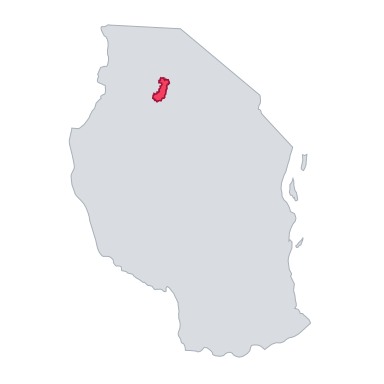 Kwimba, Mwanza, United Republic of Tanzania (highlighted), rotated 3°
{"feature_id": "72390352B45509194301574", "entity_name": "Kwimba", "entity_type": "district", "adm_level": 2, "iso_a3": "TZA", "parent_name": "United Republic of Tanzania", "parent_adm1": "Mwanza", "projection": "equal_earth", "projection_center": [33.319, -3.038], "detail": "fine", "context": "in_parent", "style": "filled", "palette": "rose", "viewbox_px": 384, "rotation_deg": 3, "n_neighbors": 0, "source": "geoboundaries", "source_scale": "gbopen_adm2", "svg_char_len": 6966}
<svg xmlns="http://www.w3.org/2000/svg" viewBox="0 0 384 384"><g transform="rotate(3 192 192)"><path d="M148.0,284.9L144.3,282.4L141.0,280.8L138.3,279.0L137.1,277.3L134.5,276.7L132.3,276.4L130.2,274.8L126.0,274.2L125.6,273.2L125.5,270.9L124.8,270.2L123.2,269.7L121.6,269.7L120.6,270.0L120.0,269.8L118.6,268.5L117.3,266.7L116.9,263.9L114.9,262.1L112.7,260.7L106.5,260.9L105.6,260.4L104.1,259.0L102.4,256.7L101.0,254.0L99.8,250.4L98.5,245.5L91.4,226.0L90.7,222.3L89.3,218.2L87.0,213.2L84.6,209.4L81.3,206.0L77.6,202.7L75.6,200.4L71.8,191.2L71.0,186.9L70.4,182.4L70.6,180.6L73.0,174.8L73.2,173.2L72.9,171.0L71.8,166.5L70.3,160.9L67.2,150.7L66.8,148.2L66.8,146.3L68.6,136.0L68.6,134.5L75.7,134.7L80.8,130.2L85.3,123.4L86.2,120.6L88.1,116.3L89.9,114.2L90.6,112.7L91.6,108.3L94.0,105.4L96.3,103.2L95.8,101.6L96.1,101.0L97.4,99.8L99.8,98.8L100.3,96.5L100.3,94.0L99.9,92.5L100.0,90.9L99.6,90.0L98.0,89.7L95.6,88.5L93.6,87.9L92.3,87.2L91.8,86.6L91.6,85.1L92.7,81.1L91.6,79.5L94.0,73.0L94.5,72.2L95.4,72.1L96.8,71.4L98.1,71.0L99.2,71.3L100.0,71.0L100.7,70.3L101.3,68.1L101.8,64.3L101.5,61.3L100.5,59.0L100.2,55.4L100.6,50.6L100.3,46.7L99.2,43.5L98.0,41.6L96.2,40.7L93.4,35.9L92.6,33.5L92.7,32.1L93.7,31.4L95.5,31.6L97.1,31.1L98.7,29.8L100.2,29.4L101.0,29.6L171.9,29.6L254.7,91.8L255.0,92.6L255.7,97.9L255.5,99.7L254.2,102.8L253.9,104.4L253.9,105.5L254.2,106.0L255.3,106.2L256.2,106.9L256.5,107.5L257.2,109.8L258.1,110.9L289.5,141.4L290.2,141.9L289.7,144.5L288.0,150.7L287.8,153.3L287.1,156.3L286.5,158.3L284.6,167.0L283.1,170.3L281.0,177.9L280.7,183.8L281.8,187.9L282.2,191.7L284.6,195.5L286.5,196.8L287.8,198.5L290.1,202.5L291.4,206.4L295.6,208.3L297.2,212.7L296.6,215.8L294.7,218.3L292.9,222.4L291.4,227.7L291.3,235.9L292.3,234.6L294.5,236.7L294.7,242.7L292.4,249.7L291.7,253.0L291.6,255.8L293.2,264.2L295.7,268.4L295.5,269.8L294.8,270.9L299.0,278.4L298.6,285.0L300.2,290.1L300.9,294.5L301.9,297.9L302.1,300.3L300.7,302.9L303.9,303.5L305.7,305.6L306.5,307.7L308.8,307.6L310.0,309.0L311.7,310.1L315.6,313.5L316.6,315.2L317.2,316.9L306.5,327.6L302.6,330.4L299.9,331.7L296.9,332.4L294.1,334.1L291.5,336.7L288.1,338.1L284.0,338.1L279.6,339.9L272.8,345.5L268.9,342.4L265.8,341.4L262.2,341.5L260.0,341.9L259.2,342.6L258.6,344.5L258.0,347.6L255.6,350.5L251.5,353.4L247.7,354.5L244.3,353.7L241.9,352.5L240.7,350.9L238.9,350.1L236.5,350.3L234.2,351.4L232.1,353.7L228.6,354.6L223.8,354.3L221.3,353.3L220.9,351.4L218.8,349.2L215.0,346.7L212.2,346.7L210.4,349.1L208.7,350.6L207.2,351.2L205.9,351.3L204.0,350.6L198.7,350.4L193.7,350.5L193.2,347.0L192.2,344.9L191.3,343.7L189.6,343.3L189.1,342.4L188.5,340.2L187.6,338.4L186.5,336.9L185.8,335.5L185.6,334.2L185.8,332.7L186.9,329.2L187.2,326.8L187.1,324.3L186.5,321.7L185.3,318.7L185.5,317.8L185.1,315.8L185.0,314.3L185.3,312.5L185.0,310.1L184.0,305.1L184.0,303.8L182.9,301.3L179.6,295.5L179.5,294.7L174.3,288.9L172.2,287.6L171.4,288.7L171.1,289.7L171.3,291.6L171.2,292.5L171.0,292.9L169.8,292.9L169.0,292.7L167.0,291.1L165.5,290.7L161.6,291.0L160.3,291.4L159.3,291.0L157.2,288.3L154.9,287.7L152.7,287.6L149.2,284.6L148.0,284.9ZM296.2,186.9L297.9,193.4L297.7,194.6L296.5,195.4L295.9,195.4L295.1,194.4L294.6,192.2L293.7,192.7L292.1,190.1L290.5,190.0L289.2,186.9L289.7,184.2L289.4,179.6L291.1,177.2L292.1,173.2L293.1,175.9L293.4,180.2L294.8,185.2L296.2,186.9ZM304.7,148.4L304.8,149.9L304.5,151.4L304.5,156.0L304.4,159.0L303.1,163.2L302.0,164.8L301.1,164.3L300.3,163.6L299.7,162.5L301.0,154.7L300.4,149.0L302.8,149.6L304.7,148.4ZM300.8,241.6L299.6,242.0L299.1,241.7L298.4,240.4L299.7,239.3L301.0,237.2L303.9,234.2L305.3,231.7L305.1,234.1L303.4,239.3L302.0,239.7L300.8,241.6Z" fill="#d9dde1" stroke="#a8b0b8" stroke-width="1"/><path d="M163.6,84.3L163.7,84.2L163.5,83.7L163.4,83.4L163.2,83.3L163.1,83.2L163.2,82.9L163.1,82.7L162.9,82.5L162.9,82.4L162.8,82.1L162.7,81.9L162.5,81.6L162.5,81.4L162.4,81.4L162.3,81.2L162.2,81.1L161.9,81.3L161.4,81.2L161.4,81.3L161.2,81.4L160.9,81.4L160.7,81.4L160.4,81.3L160.3,81.2L160.2,81.0L160.0,80.9L160.0,80.7L159.9,80.6L159.7,80.7L159.6,80.9L159.6,81.1L159.5,81.3L159.4,81.4L159.2,81.4L159.1,81.5L158.8,81.8L158.6,81.4L158.5,81.2L158.4,81.1L158.2,80.9L158.1,80.6L158.0,80.2L158.2,79.8L157.9,79.8L157.7,79.9L157.5,79.7L157.4,79.5L157.2,79.5L156.6,79.6L156.2,79.7L155.9,79.7L155.6,79.8L155.3,79.7L155.1,79.7L154.9,79.6L154.8,80.0L154.6,80.1L154.4,80.5L154.3,80.9L154.4,81.1L154.4,81.3L154.5,81.5L154.5,82.2L154.2,82.2L153.9,82.2L153.8,82.5L153.3,82.5L153.5,82.8L153.5,83.1L153.3,83.5L153.2,83.6L153.2,84.2L153.3,84.4L153.2,84.5L153.3,84.7L153.5,84.6L153.8,84.6L154.0,84.6L154.3,84.5L154.6,84.7L154.8,84.8L155.0,84.8L155.3,84.8L155.5,84.9L155.9,84.9L156.0,84.9L156.1,85.1L156.2,85.4L156.2,85.6L156.2,86.0L156.4,86.1L156.3,86.4L156.2,86.5L155.8,87.3L155.7,87.5L155.4,87.7L155.2,87.9L154.9,87.9L154.8,88.0L154.7,87.9L154.5,88.0L154.6,88.3L154.8,88.6L155.0,88.8L155.1,89.0L155.1,89.7L154.9,89.8L154.6,90.0L154.4,90.2L154.4,90.3L154.3,90.5L154.1,90.7L153.9,90.8L153.8,91.0L153.7,91.0L153.6,91.3L153.8,91.4L153.8,91.5L153.8,91.8L153.7,91.9L153.7,92.0L153.8,92.1L153.7,92.2L153.7,92.3L153.8,92.3L153.8,92.5L153.9,92.8L154.0,92.9L154.0,93.0L154.0,93.3L154.1,93.5L153.9,93.6L153.8,93.8L153.3,94.1L153.2,94.0L152.9,94.3L152.5,94.0L152.3,94.0L152.1,93.9L151.9,93.9L151.9,94.1L152.2,94.7L152.3,94.9L152.2,95.0L151.7,95.4L151.4,95.6L151.2,95.5L151.1,96.0L150.9,96.1L150.2,96.2L149.2,95.8L149.1,95.6L148.9,95.5L148.8,95.9L148.9,96.2L148.9,96.4L149.0,96.5L148.9,96.7L149.0,96.8L148.8,97.0L148.7,97.3L148.4,97.3L148.2,97.3L148.1,97.6L148.1,98.9L148.1,99.1L147.9,99.6L147.9,100.3L147.9,100.5L148.1,100.6L148.6,100.6L148.8,100.7L149.2,101.0L149.3,101.2L149.3,101.3L149.3,101.5L149.6,101.5L149.9,102.0L150.1,102.2L150.1,102.3L150.3,102.2L150.5,102.2L150.5,102.3L150.9,102.3L150.9,102.2L151.0,102.3L151.1,102.5L151.3,102.5L151.5,102.8L151.6,103.0L151.8,103.3L152.0,103.4L152.0,103.6L152.4,103.7L152.6,103.6L152.8,103.6L153.1,103.3L153.2,103.2L153.3,103.1L153.2,103.0L153.2,102.9L153.3,102.8L153.3,102.7L153.8,102.7L154.2,102.6L154.5,102.4L154.8,102.3L155.1,102.3L155.4,102.3L156.0,102.4L156.0,102.5L156.3,102.5L156.3,102.4L156.5,102.2L156.6,101.8L156.8,101.4L156.9,101.0L157.0,100.6L157.1,100.4L157.2,100.2L157.5,99.9L157.9,99.8L158.0,99.8L158.1,99.7L158.3,99.8L158.6,99.9L159.1,99.9L159.3,99.6L159.4,99.3L159.6,99.0L159.7,98.8L159.8,98.8L159.8,98.7L159.7,98.6L159.7,98.4L159.7,98.0L159.7,97.7L159.6,97.3L159.6,96.9L159.7,96.7L159.9,96.4L160.0,96.3L160.4,96.1L160.5,95.9L160.6,95.5L160.6,95.4L160.6,95.2L160.7,94.9L160.7,94.7L160.6,94.4L160.7,94.0L160.7,93.7L160.8,93.3L160.8,93.2L160.7,92.9L160.6,92.7L160.7,92.0L160.7,91.7L160.9,91.8L160.9,91.3L160.9,91.1L161.0,90.9L161.2,90.6L161.5,90.5L161.6,90.2L161.6,89.6L161.4,88.1L161.2,88.1L161.1,87.5L161.1,87.3L161.1,87.1L161.4,86.6L161.5,86.6L161.7,86.4L161.9,86.1L162.1,86.1L162.1,85.8L162.1,85.5L162.2,85.4L162.3,85.4L162.4,85.5L162.5,85.5L162.8,85.6L162.8,85.1L163.1,84.9L163.6,84.8L163.7,84.7L163.6,84.4L163.6,84.3Z" fill="#f43f5e" stroke="#9f1239" stroke-width="1.5"/></g></svg>